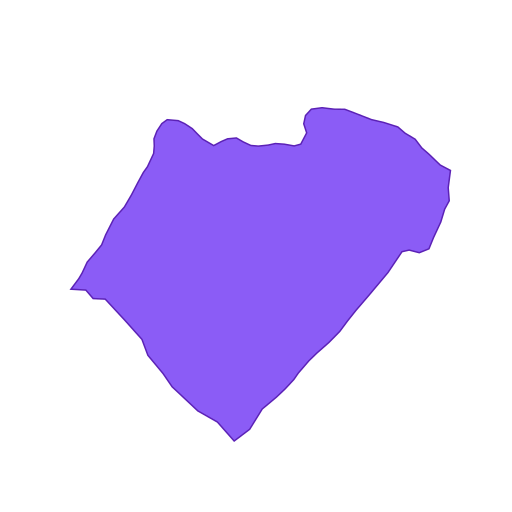 the district of Agia Eirini Keryneias, Cyprus, rotated 25°
{"feature_id": "46923920B99001486535743", "entity_name": "Agia Eirini Keryneias", "entity_type": "district", "adm_level": 2, "iso_a3": "CYP", "parent_name": "Cyprus", "parent_adm1": "", "projection": "robinson", "projection_center": [32.969, 35.29], "detail": "fine", "context": "isolated", "style": "filled", "palette": "violet", "viewbox_px": 512, "rotation_deg": 25, "n_neighbors": 0, "source": "geoboundaries", "source_scale": "gbopen_adm2", "svg_char_len": 1236}
<svg xmlns="http://www.w3.org/2000/svg" viewBox="0 0 512 512"><g transform="rotate(25 256 256)"><path d="M314.4,432.9L323.5,415.7L326.3,392.0L334.1,375.4L338.6,364.0L342.5,351.9L343.8,344.3L348.3,328.4L352.2,318.2L358.6,303.6L363.8,288.9L366.4,276.2L369.6,262.9L374.8,244.4L382.6,215.2L386.5,190.4L392.3,185.9L402.6,184.0L409.7,176.4L409.1,164.3L409.1,147.1L407.2,133.8L407.8,124.3L401.3,112.8L396.1,96.3L384.5,95.7L369.6,90.6L360.6,88.0L350.9,82.9L339.2,81.7L330.1,79.1L315.3,81.0L303.0,83.6L284.2,84.8L274.5,85.5L264.8,89.9L253.2,93.7L244.1,99.5L241.5,107.7L243.4,116.0L249.9,123.0L249.3,135.7L244.1,140.1L234.4,142.7L226.0,145.9L220.2,150.3L211.7,155.4L204.6,158.0L196.2,158.0L188.4,157.3L180.7,161.8L176.2,166.9L171.0,173.8L158.0,172.6L150.9,170.0L144.4,167.5L135.4,166.2L128.3,166.2L117.9,170.0L114.7,175.8L113.4,184.7L114.0,192.9L117.3,199.3L119.9,206.3L119.9,214.5L119.9,220.9L118.6,227.9L117.9,239.3L117.3,253.3L116.0,267.3L111.4,282.6L110.8,300.4L111.4,311.2L108.8,321.4L105.6,332.8L105.6,344.9L105.0,351.3L102.3,364.3L116.2,358.8L126.4,363.4L137.6,358.8L164.6,369.8L187.9,379.8L200.0,391.7L221.4,401.8L235.3,410.0L252.1,415.5L268.8,421.0L291.2,422.8L314.4,432.9Z" fill="#8b5cf6" stroke="#5b21b6" stroke-width="1.5"/></g></svg>